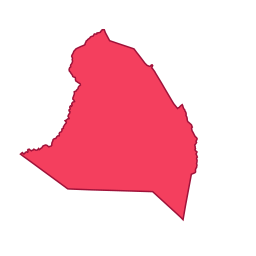 Palmas de Monte Alto, Bahia, Brazil (Mercator projection), rotated 294°
{"feature_id": "56859067B99815103572089", "entity_name": "Palmas de Monte Alto", "entity_type": "district", "adm_level": 2, "iso_a3": "BRA", "parent_name": "Brazil", "parent_adm1": "Bahia", "projection": "mercator", "projection_center": [-43.172, -14.195], "detail": "fine", "context": "isolated", "style": "filled", "palette": "rose", "viewbox_px": 256, "rotation_deg": 294, "n_neighbors": 0, "source": "geoboundaries", "source_scale": "gbopen_adm2", "svg_char_len": 3456}
<svg xmlns="http://www.w3.org/2000/svg" viewBox="0 0 256 256"><g transform="rotate(294 128 128)"><path d="M208.1,66.4L207.7,65.3L207.2,64.4L206.1,64.3L205.3,63.8L204.2,63.8L203.4,62.9L202.7,61.8L202.2,61.0L201.2,61.2L200.6,60.0L200.2,59.0L199.0,58.9L197.6,58.6L196.8,57.4L195.9,56.7L194.8,56.5L193.7,56.0L192.6,55.3L191.4,55.0L190.4,54.4L189.1,54.6L187.9,54.4L186.7,54.8L185.6,54.0L184.4,52.9L183.6,52.1L182.6,51.2L181.3,50.1L180.3,49.2L179.6,48.7L178.8,48.1L177.7,47.9L176.8,47.5L175.9,47.3L174.8,47.4L173.5,47.4L171.9,47.2L170.7,47.3L170.0,48.0L169.6,48.6L168.6,49.1L167.6,49.2L167.0,49.9L166.1,50.3L164.9,50.4L163.3,50.3L162.4,50.0L161.5,50.2L160.5,50.8L159.5,50.2L158.6,50.2L157.4,50.4L156.2,51.2L155.7,52.4L154.9,53.5L154.1,55.0L153.6,55.7L152.6,56.6L152.5,57.8L152.7,59.3L151.6,60.0L150.6,60.4L149.7,61.3L149.5,62.7L149.1,64.5L149.1,65.6L148.9,66.4L147.8,67.1L146.4,66.3L144.9,66.0L143.8,66.4L142.7,66.0L141.7,65.6L140.6,65.5L139.9,64.7L139.2,64.1L138.3,64.7L137.1,65.2L136.1,65.2L135.1,65.3L134.0,65.4L133.0,65.4L131.9,65.9L131.6,66.8L131.2,67.6L130.4,68.4L129.3,67.1L128.4,66.8L127.5,66.7L126.7,67.0L126.1,67.7L124.8,67.6L124.9,66.5L124.0,66.2L123.1,66.4L122.4,67.2L121.5,67.4L120.8,66.8L119.7,67.1L119.3,68.4L118.0,68.7L116.6,68.4L115.2,68.3L114.3,68.4L113.6,69.4L112.6,70.3L111.9,69.3L110.9,68.8L109.9,68.3L109.1,67.5L108.6,68.3L108.4,69.2L107.5,69.5L106.3,69.1L105.2,68.8L104.2,68.7L102.5,68.5L101.4,69.1L100.1,68.0L99.1,68.6L98.1,68.7L97.0,68.3L96.1,67.4L94.8,67.4L93.8,68.1L92.9,68.3L92.3,67.1L91.1,66.5L90.0,66.4L89.1,66.3L88.5,65.4L87.7,64.6L86.9,64.3L85.9,64.5L85.0,64.6L83.9,64.5L82.3,64.9L81.1,65.4L80.0,64.9L79.3,64.0L78.6,63.4L78.8,62.3L79.1,61.5L79.2,60.7L78.9,59.5L77.9,58.5L77.1,57.7L76.2,57.5L74.8,57.3L73.9,56.6L73.0,56.3L72.1,55.7L72.9,54.7L71.8,54.4L70.8,53.9L70.2,52.8L70.3,51.5L70.4,50.6L69.2,50.2L68.7,49.5L67.9,49.1L67.9,47.9L68.5,46.5L67.9,45.5L67.1,45.3L66.2,46.1L65.0,46.2L64.9,44.9L63.9,44.1L62.9,44.0L61.9,43.5L62.2,42.5L62.6,41.5L61.7,41.0L60.4,40.4L59.6,43.7L58.8,47.6L56.8,56.9L54.3,68.3L47.9,97.7L48.4,99.1L56.6,119.6L65.4,141.0L69.0,149.8L79.9,176.4L68.0,212.1L66.6,215.6L80.4,212.1L111.5,204.7L112.8,205.9L113.6,206.7L114.5,207.4L115.3,207.6L116.2,207.2L117.0,206.7L117.9,206.5L119.0,206.5L119.9,206.7L120.8,206.4L122.2,206.1L123.3,205.1L124.6,204.9L125.9,204.5L126.9,204.1L127.5,203.3L128.6,202.9L129.6,203.2L130.6,202.2L131.4,201.4L131.9,200.7L133.0,200.8L134.2,200.8L134.5,199.7L134.9,198.6L135.5,198.0L136.5,198.1L137.3,197.4L138.2,197.0L139.6,195.9L140.7,196.2L141.7,196.4L142.7,196.5L143.2,195.8L144.1,195.5L145.5,195.7L146.6,195.3L147.2,194.1L147.5,192.8L148.3,191.9L148.9,191.0L149.8,190.0L150.7,188.8L151.3,187.9L152.0,187.3L152.9,186.7L153.8,186.1L155.0,186.4L155.6,185.5L156.4,185.1L156.9,184.1L157.2,183.1L157.5,182.2L157.8,181.3L158.0,180.4L158.7,179.4L159.7,178.7L161.2,177.9L162.2,177.0L162.9,176.0L163.8,175.7L165.2,175.0L166.2,174.0L166.8,173.0L167.6,172.5L168.4,170.9L169.3,170.1L170.0,169.4L170.8,168.8L171.4,168.0L169.9,167.2L168.7,166.7L167.5,166.4L166.9,165.7L166.0,165.3L168.6,160.2L169.3,159.1L170.9,156.8L178.8,145.7L182.2,141.0L182.7,140.3L189.6,130.4L190.2,129.7L192.3,126.1L192.6,125.3L193.6,125.1L195.0,125.2L195.5,124.5L195.1,123.7L194.1,123.5L193.3,123.0L193.0,122.0L193.0,120.5L193.1,119.4L193.5,118.6L194.0,117.2L197.0,111.8L199.6,107.0L200.3,105.6L202.7,101.3L202.6,100.0L201.1,84.6L200.3,75.7L205.9,68.5L208.1,66.4Z" fill="#f43f5e" stroke="#9f1239" stroke-width="1.5"/></g></svg>